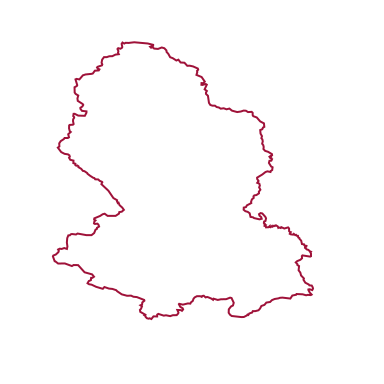 Ikalamavony, Haute Matsiatra, Madagascar, rotated 104°
{"feature_id": "10022922B85703559853082", "entity_name": "Ikalamavony", "entity_type": "district", "adm_level": 2, "iso_a3": "MDG", "parent_name": "Madagascar", "parent_adm1": "Haute Matsiatra", "projection": "equal_earth", "projection_center": [45.831, -21.226], "detail": "fine", "context": "isolated", "style": "outline", "palette": "rose", "viewbox_px": 384, "rotation_deg": 104, "n_neighbors": 0, "source": "geoboundaries", "source_scale": "gbopen_adm2", "svg_char_len": 6012}
<svg xmlns="http://www.w3.org/2000/svg" viewBox="0 0 384 384"><g transform="rotate(104 192 192)"><path d="M292.4,308.5L292.3,308.0L293.8,304.6L292.1,298.1L292.9,290.6L291.5,289.2L290.5,284.8L295.9,276.8L296.1,269.0L297.9,266.6L299.4,267.9L299.7,269.1L302.0,268.8L303.4,270.6L305.8,271.3L306.4,269.6L306.2,267.0L307.2,262.1L307.5,255.7L307.5,255.1L305.4,254.0L305.8,249.2L305.3,245.8L305.6,241.8L306.4,240.6L308.3,235.4L308.4,229.9L307.3,226.1L307.8,223.5L307.3,220.1L308.3,212.3L309.0,211.9L311.2,213.5L313.3,213.2L314.4,214.6L315.1,212.9L317.6,213.2L319.0,214.0L320.8,213.2L322.3,207.8L323.1,208.4L323.6,207.1L324.4,206.8L325.4,205.2L325.4,203.4L324.8,202.5L325.1,200.7L322.0,199.3L321.2,195.7L319.4,196.1L318.4,195.2L318.8,189.5L317.9,187.4L317.7,183.1L316.2,180.8L315.2,177.1L313.2,176.0L312.2,176.0L310.0,177.7L309.3,174.1L309.7,173.0L308.1,172.2L307.1,172.9L306.2,175.7L304.0,177.6L303.6,177.4L303.5,173.6L301.1,169.0L300.7,166.6L299.3,166.3L297.5,164.9L295.2,164.7L293.6,163.9L291.9,162.0L291.1,158.6L291.4,157.2L290.4,156.9L289.8,155.5L291.0,153.3L290.2,152.0L290.2,151.1L290.7,147.6L291.5,145.5L290.3,145.3L290.5,140.9L289.1,138.0L287.7,132.9L285.3,129.5L285.3,128.0L289.4,124.7L292.2,124.8L293.7,126.5L296.9,127.9L300.3,127.2L301.9,125.4L302.7,123.5L301.4,113.7L300.7,111.4L298.5,108.9L297.5,108.5L297.7,107.6L296.0,107.0L294.4,104.5L292.9,104.2L292.3,101.8L290.7,98.9L288.7,97.8L285.8,97.1L284.0,94.4L281.3,93.1L279.8,89.6L277.6,88.3L275.8,85.9L274.3,82.4L273.4,81.1L272.6,78.7L271.6,70.8L268.2,69.6L266.5,66.1L265.7,65.9L264.5,59.9L264.6,56.3L263.8,54.8L263.3,51.8L262.6,51.1L261.1,53.4L258.9,55.4L258.4,55.5L257.9,54.4L258.1,51.6L256.5,51.2L255.3,51.8L253.8,53.2L254.2,55.5L253.5,56.3L252.6,60.1L250.2,62.6L248.8,62.5L246.6,66.0L244.0,67.4L242.2,69.6L238.0,70.2L237.3,72.1L236.5,72.3L235.2,74.3L233.6,73.2L231.6,70.5L229.7,69.2L227.6,69.9L226.8,69.5L226.1,61.7L225.5,61.0L222.8,61.7L221.9,62.6L221.2,62.2L220.9,63.6L220.0,65.1L220.0,66.6L218.8,68.9L217.7,69.0L217.3,67.9L216.6,67.9L216.6,68.7L217.0,69.1L216.6,70.1L215.7,70.6L215.9,72.7L212.8,74.3L211.4,76.4L210.7,76.7L210.4,77.9L208.9,78.6L209.1,79.8L208.4,80.7L208.9,81.4L208.0,83.1L208.9,83.5L209.2,85.9L208.9,87.0L207.1,86.5L207.1,87.4L206.5,88.3L203.9,89.0L203.1,90.2L205.1,93.6L204.5,96.9L205.5,97.2L205.4,99.1L205.9,99.6L204.7,100.4L204.0,102.5L205.0,103.4L204.8,104.2L206.1,105.4L205.5,106.1L207.2,107.2L207.2,107.9L206.2,108.3L207.7,109.3L208.4,111.6L207.6,112.0L207.3,113.3L206.2,112.5L205.8,113.8L205.1,113.8L204.8,114.7L203.9,114.9L203.2,114.9L202.3,113.7L199.6,113.8L198.3,114.9L195.8,118.6L195.9,120.4L197.3,121.6L198.6,120.8L199.6,118.8L201.1,117.9L202.2,119.9L202.3,125.5L201.8,126.6L202.0,129.2L198.7,130.9L197.8,133.1L197.7,135.6L196.7,137.6L194.6,138.0L193.6,136.0L191.7,135.5L188.4,131.8L187.3,132.3L184.7,132.1L182.8,130.7L181.3,131.3L180.2,130.7L179.4,128.8L177.1,126.7L175.5,127.2L173.3,126.2L171.2,128.0L169.4,127.7L167.6,128.7L167.3,130.9L165.2,130.1L163.6,131.9L162.3,132.3L158.0,128.0L154.8,125.5L153.7,123.8L153.6,120.7L152.6,120.7L151.3,119.5L148.5,119.8L148.1,121.4L145.2,124.4L143.0,124.4L142.4,122.6L141.5,122.4L140.7,122.3L140.0,124.4L139.2,125.2L138.6,123.9L138.0,124.5L136.9,123.2L135.9,123.6L134.6,127.9L134.4,131.0L133.0,133.1L131.0,133.3L129.3,134.2L128.2,135.6L125.7,135.6L124.0,136.4L123.0,137.7L120.9,137.6L118.8,139.6L115.4,140.8L114.1,139.0L112.3,138.7L111.3,137.6L108.0,138.8L107.0,142.9L104.0,147.2L103.6,150.9L102.8,151.7L100.5,152.3L99.8,153.5L100.9,157.0L100.1,159.4L100.5,161.6L102.1,164.1L103.5,167.5L103.4,172.9L102.0,175.9L103.4,178.5L103.1,181.5L104.2,184.3L103.5,186.4L103.6,188.6L102.7,190.6L103.3,193.0L103.1,195.3L101.4,197.1L94.8,199.8L93.4,202.2L92.1,202.5L90.4,202.0L89.3,204.6L84.3,203.6L83.9,204.8L85.6,207.8L85.7,208.8L84.0,209.1L83.7,207.4L81.8,206.3L78.1,210.5L77.3,216.0L74.3,215.9L73.3,216.4L71.8,215.6L70.8,216.2L69.9,221.3L70.0,224.8L70.7,227.1L68.4,230.6L69.1,234.4L66.9,237.2L68.2,239.0L66.8,243.1L66.5,245.8L63.6,248.5L62.3,250.5L60.8,251.1L59.2,253.6L59.1,256.3L61.4,259.6L62.0,263.4L61.1,265.2L61.9,266.6L61.2,267.7L59.5,265.1L58.6,265.3L58.6,270.9L60.7,284.3L62.7,289.6L63.3,292.5L64.4,293.7L63.8,295.6L65.3,296.1L68.2,294.7L69.1,294.9L70.3,296.1L70.3,298.4L71.3,298.9L73.1,297.5L74.7,297.5L76.0,296.4L77.2,299.5L79.5,302.2L80.3,305.1L81.8,307.4L82.4,310.0L85.3,311.2L88.5,311.0L89.9,309.9L90.9,310.0L93.3,313.8L94.1,314.3L95.0,313.4L95.4,311.5L96.6,311.9L97.8,315.6L101.0,316.9L101.6,317.9L103.7,323.7L105.2,326.1L110.0,328.5L110.2,331.4L110.9,332.3L116.1,329.2L117.0,329.4L118.8,331.3L123.9,329.9L125.0,328.6L125.9,325.7L128.9,325.8L131.2,324.9L133.1,319.3L133.8,318.6L135.6,319.1L137.3,320.7L138.3,320.4L139.9,318.4L139.3,313.9L140.6,313.6L144.0,314.4L145.4,320.9L144.5,324.8L144.8,325.8L147.1,325.6L147.8,324.5L148.5,324.3L150.2,324.9L152.0,324.6L154.7,323.3L155.5,323.8L156.5,326.9L157.1,327.3L160.0,326.7L162.6,325.3L163.1,324.2L165.9,326.1L168.7,324.6L169.6,325.5L170.4,328.7L171.7,329.2L174.4,331.7L176.9,332.6L179.9,331.7L181.4,332.9L184.9,328.6L185.8,324.9L185.5,321.4L186.1,319.8L187.3,319.1L188.5,319.6L190.2,317.9L190.2,314.6L192.7,314.1L192.8,312.0L194.0,311.8L194.5,310.7L194.0,309.6L194.6,308.3L195.4,308.2L196.3,305.1L197.9,303.0L197.8,301.4L199.0,298.2L199.6,297.8L200.9,294.8L202.1,291.3L202.1,290.1L203.1,289.0L202.5,286.0L203.5,284.3L203.9,281.8L204.2,281.4L206.3,281.8L211.0,273.4L216.9,266.8L218.1,262.7L219.1,262.6L220.7,261.3L220.1,260.7L222.3,259.1L224.0,255.9L225.8,253.8L228.1,255.4L229.1,257.7L230.6,257.6L233.6,260.3L235.6,268.1L234.2,271.5L235.2,273.3L237.4,275.3L241.2,280.4L242.4,280.3L242.9,278.8L244.2,279.6L246.2,279.5L246.5,278.5L245.6,276.1L246.3,274.9L248.0,273.8L249.7,275.5L250.7,275.3L251.9,276.5L255.5,277.0L258.2,279.1L259.4,284.0L260.0,293.0L261.3,294.3L261.8,298.3L262.4,299.4L263.6,300.1L264.0,301.5L266.9,301.9L271.3,301.2L275.0,299.7L277.5,299.6L277.3,302.4L278.8,304.7L279.0,306.6L280.2,308.0L281.3,307.0L282.7,307.1L285.6,309.0L287.2,311.2L288.1,311.4L292.4,308.5Z" fill="none" stroke="#9f1239" stroke-width="2"/></g></svg>